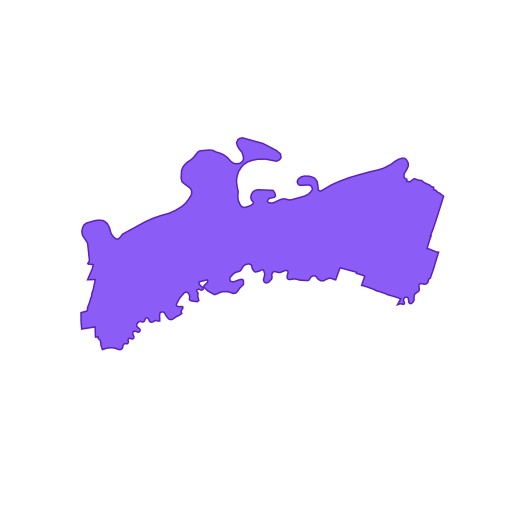 outline of Grozesti, Iasi, Romania, rotated 315°
{"feature_id": "2599482B13822693559247", "entity_name": "Grozesti", "entity_type": "district", "adm_level": 2, "iso_a3": "ROU", "parent_name": "Romania", "parent_adm1": "Iasi", "projection": "robinson", "projection_center": [28.02, 46.999], "detail": "fine", "context": "isolated", "style": "filled", "palette": "violet", "viewbox_px": 512, "rotation_deg": 315, "n_neighbors": 0, "source": "geoboundaries", "source_scale": "gbopen_adm2", "svg_char_len": 6147}
<svg xmlns="http://www.w3.org/2000/svg" viewBox="0 0 512 512"><g transform="rotate(315 256 256)"><path d="M416.9,308.5L416.1,305.7L416.8,304.5L418.7,302.7L424.2,301.3L427.5,300.0L429.4,297.8L430.4,294.5L430.1,291.8L428.5,290.2L425.4,288.5L422.0,287.5L415.9,286.6L408.0,284.0L403.1,281.4L395.9,276.9L384.8,270.6L376.9,266.3L368.1,262.3L360.1,259.2L347.9,256.0L347.0,254.7L346.7,253.4L347.2,252.5L348.3,251.5L350.0,249.3L351.9,246.6L352.3,244.4L352.4,242.2L351.6,240.1L349.9,237.0L346.6,233.6L344.1,232.1L341.1,231.5L339.0,231.8L337.4,232.9L336.5,235.4L337.3,237.4L343.0,242.5L344.5,244.8L344.0,247.4L342.9,248.9L340.1,249.4L336.6,249.3L332.3,247.8L321.7,241.8L320.0,240.7L318.7,239.3L317.3,236.7L315.3,234.6L313.1,233.3L306.4,230.9L304.4,229.7L302.6,226.9L302.6,225.6L303.7,224.9L306.1,224.6L310.5,227.5L312.3,227.3L313.9,224.6L314.4,221.6L304.2,210.5L301.7,208.9L299.0,208.5L296.0,209.3L293.7,210.9L292.4,213.2L292.2,215.8L291.3,216.9L288.6,216.8L285.5,215.5L282.2,213.6L280.7,211.0L281.2,208.1L282.9,203.9L285.2,201.1L289.1,197.7L291.5,193.9L294.8,189.6L297.7,187.1L302.9,184.1L308.0,182.9L311.9,182.6L316.7,183.6L321.3,185.9L325.5,188.7L331.3,194.3L337.4,203.3L339.9,204.4L342.2,204.5L343.4,204.0L345.5,201.1L345.0,195.7L340.5,181.4L330.0,162.9L327.9,161.4L325.6,160.9L322.3,162.2L320.9,164.6L319.8,168.3L319.4,172.8L317.2,177.0L315.6,178.7L313.3,179.6L310.0,179.0L307.2,176.8L305.6,174.4L305.1,170.9L305.4,166.3L304.7,161.5L303.4,158.1L301.2,154.0L300.1,150.7L298.0,148.1L292.2,143.2L290.1,141.7L288.2,141.4L280.7,142.2L277.6,141.9L274.2,141.2L270.8,141.0L267.3,141.4L263.7,143.0L258.1,148.0L256.2,151.2L256.3,153.6L257.2,159.7L257.4,162.1L256.4,164.7L253.7,167.0L249.3,168.1L243.7,168.9L238.8,168.6L231.2,166.8L224.5,164.2L217.8,160.4L210.1,156.6L202.3,153.6L177.1,146.2L173.7,146.7L170.5,146.6L169.1,144.9L168.7,142.4L169.0,139.8L169.6,137.3L172.4,132.4L173.7,128.0L173.5,124.6L172.9,122.7L170.2,119.5L167.3,117.2L159.4,112.8L156.2,112.4L153.5,113.4L150.3,115.4L147.9,118.8L146.2,127.3L145.4,128.6L135.2,141.2L133.4,142.1L131.9,142.2L131.6,143.1L134.9,147.0L130.9,149.4L120.1,153.7L125.7,159.0L116.3,165.2L116.1,165.1L113.3,166.5L113.1,166.9L110.4,168.7L109.8,168.7L106.1,170.8L100.1,173.5L99.1,174.7L97.7,175.4L92.2,172.3L85.9,178.7L81.1,184.4L92.1,192.4L85.2,199.7L85.2,200.0L87.2,201.4L86.2,202.6L86.2,204.8L85.9,205.9L84.4,208.2L83.5,209.1L81.2,213.6L85.1,215.5L88.4,218.1L90.6,220.6L92.8,225.1L93.8,226.3L95.2,226.8L96.0,226.7L96.8,226.6L98.5,225.2L100.3,224.9L101.5,225.4L102.7,226.9L103.7,227.1L104.8,226.8L106.4,224.7L107.6,224.3L108.4,224.7L109.5,226.9L109.9,227.3L111.1,227.7L112.2,227.2L112.6,226.7L114.0,223.6L114.9,222.9L115.8,222.8L117.4,223.7L118.5,226.2L118.9,226.7L119.7,227.1L120.5,227.1L121.6,226.6L122.0,226.0L122.2,225.3L122.0,223.4L122.0,221.6L122.5,220.6L124.1,219.7L125.9,219.6L126.7,219.7L128.1,220.6L128.8,222.0L129.4,222.7L130.2,223.1L131.1,223.1L133.5,222.1L134.5,222.1L135.2,222.6L135.5,223.1L135.5,223.6L135.4,224.5L134.5,227.1L134.6,227.9L135.0,228.6L136.3,229.6L138.2,230.1L139.8,231.0L140.7,232.7L142.0,233.9L146.2,229.5L147.8,228.4L148.7,228.5L150.1,229.2L150.6,229.6L151.0,230.4L151.1,231.2L150.9,232.4L150.3,234.1L149.8,237.4L149.9,239.3L151.0,241.1L152.4,241.7L157.1,242.7L159.9,243.7L162.9,244.2L163.3,243.0L164.5,241.9L165.6,241.5L167.1,241.3L168.2,240.4L168.1,239.5L167.7,239.1L165.8,237.5L164.7,235.7L164.7,235.0L165.4,233.9L172.2,231.8L179.3,231.3L181.2,232.2L181.6,232.8L181.9,233.7L181.8,234.5L181.2,236.7L180.6,237.7L178.6,239.2L178.1,239.9L178.0,240.8L178.8,242.4L182.1,246.8L184.1,247.0L186.3,243.3L188.6,241.4L189.1,240.4L189.1,239.0L189.7,238.4L190.7,238.2L191.9,238.8L192.3,239.5L192.9,241.1L193.3,241.7L195.0,242.3L195.6,241.6L196.1,240.6L195.8,237.3L196.0,235.9L196.9,234.4L197.5,234.0L204.7,238.4L204.3,239.5L203.2,240.2L202.3,240.4L198.9,240.1L198.0,240.3L197.4,240.9L197.1,241.9L197.2,246.8L199.3,254.0L203.1,255.8L204.9,256.3L207.5,257.9L211.0,261.5L213.4,266.3L214.9,267.6L216.0,268.0L218.0,267.9L222.0,267.2L226.9,267.3L229.6,264.7L229.9,263.9L229.9,263.2L229.2,262.1L226.9,260.8L221.7,258.3L220.4,256.5L220.4,254.8L221.3,253.7L222.6,252.8L227.1,252.6L228.6,252.8L230.9,253.6L232.8,254.8L234.1,255.3L235.1,255.4L239.8,254.3L240.8,254.3L243.0,254.9L245.3,256.4L246.3,258.7L246.2,259.7L244.7,261.8L244.1,263.4L243.9,264.8L243.9,266.2L244.5,267.1L247.5,269.0L249.9,269.6L251.3,270.8L251.1,271.8L250.0,274.1L248.8,275.5L244.6,278.0L243.9,278.9L243.5,280.3L243.6,281.4L244.3,282.4L245.5,283.1L246.7,283.5L250.7,283.4L252.1,282.6L253.8,280.5L254.8,279.8L256.4,279.5L257.6,279.6L259.0,281.4L260.2,283.6L261.3,284.7L265.6,286.5L267.0,287.4L267.7,288.3L267.7,289.5L266.9,290.4L264.1,292.0L263.2,292.8L262.4,293.7L262.3,294.6L262.6,295.7L263.5,296.8L266.8,299.2L267.9,300.6L269.9,304.0L275.0,309.8L276.1,310.4L277.0,310.4L279.6,309.7L281.8,310.1L282.8,310.8L283.7,312.2L284.0,313.5L283.5,315.7L284.1,318.9L285.6,320.8L286.7,321.5L289.0,322.1L292.3,323.6L293.2,324.6L294.9,328.4L295.5,329.2L306.7,323.9L307.2,323.9L315.4,338.2L315.6,338.7L314.7,339.2L318.7,346.8L318.6,347.2L309.9,351.4L310.0,351.8L311.1,353.4L312.5,356.1L315.9,363.2L315.8,363.7L317.2,367.0L318.3,368.7L320.7,373.6L321.8,376.6L325.2,382.6L328.1,388.5L321.6,390.5L323.6,391.4L324.7,392.2L325.8,394.3L326.7,394.7L327.6,394.4L327.9,394.0L329.0,391.7L329.8,391.0L331.2,390.6L331.8,390.6L333.0,391.2L333.8,392.2L334.0,393.2L331.2,397.0L331.1,398.1L331.9,399.3L333.6,399.6L334.7,399.6L336.5,399.0L338.9,396.6L340.2,395.7L341.5,395.3L342.1,395.2L345.6,395.9L346.8,395.8L347.8,395.1L348.8,394.0L350.3,392.0L351.3,391.5L352.1,391.6L353.4,392.4L354.8,394.7L356.0,395.8L356.7,396.1L358.2,396.3L359.2,396.0L361.5,394.7L363.1,394.6L363.6,394.9L374.7,389.5L375.3,389.0L387.8,382.4L386.9,381.4L386.2,380.2L383.4,373.5L382.2,371.7L389.6,367.7L394.1,365.5L393.7,365.0L400.1,362.2L410.2,357.2L430.9,346.4L430.9,345.8L430.5,344.1L430.4,341.8L429.5,339.4L429.6,336.7L428.5,334.8L428.7,334.4L429.3,334.1L430.2,333.0L429.1,331.0L428.8,328.1L427.6,325.4L426.9,323.2L426.6,321.4L426.6,319.9L424.6,317.4L422.7,313.4L422.0,313.1L417.6,312.4L416.8,311.9L415.9,310.2L415.3,309.7L416.9,308.5Z" fill="#8b5cf6" stroke="#5b21b6" stroke-width="1.5"/></g></svg>